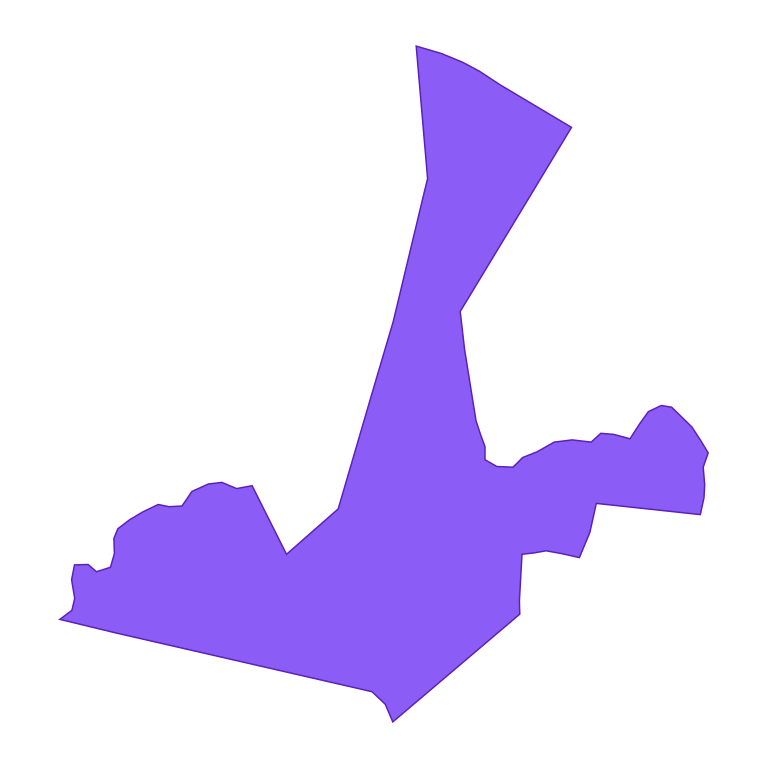 Caiçara, Paraíba, Brazil (Mercator projection)
{"feature_id": "56859067B64465430989239", "entity_name": "Caiçara", "entity_type": "district", "adm_level": 2, "iso_a3": "BRA", "parent_name": "Brazil", "parent_adm1": "Paraíba", "projection": "mercator", "projection_center": [-35.407, -6.583], "detail": "fine", "context": "isolated", "style": "filled", "palette": "violet", "viewbox_px": 768, "rotation_deg": 0, "n_neighbors": 0, "source": "geoboundaries", "source_scale": "gbopen_adm2", "svg_char_len": 1042}
<svg xmlns="http://www.w3.org/2000/svg" viewBox="0 0 768 768"><path d="M416.2,46.1L427.6,178.6L424.3,192.0L393.2,321.7L376.3,378.8L338.2,508.9L286.5,554.3L252.1,485.7L236.6,488.6L221.9,482.4L208.3,484.0L191.9,491.5L182.0,506.0L169.1,506.7L158.2,504.5L143.0,511.8L129.7,519.7L117.9,528.7L113.9,538.4L114.4,553.7L110.4,567.3L96.4,571.7L88.1,564.5L74.5,564.9L71.6,579.7L74.7,598.4L71.9,610.3L59.8,619.4L116.1,633.0L372.0,691.7L385.3,704.3L392.8,721.9L519.8,614.1L519.4,601.1L522.0,554.3L533.4,553.0L546.1,550.8L562.1,553.7L579.4,557.6L589.9,532.3L596.3,503.4L700.3,514.6L704.0,497.6L704.7,484.6L703.2,467.2L708.2,452.9L700.7,440.5L691.8,426.9L679.5,414.9L671.6,407.2L661.3,405.5L648.4,411.6L639.4,424.2L630.0,438.8L613.8,434.4L600.9,433.3L591.2,442.1L572.2,439.9L554.2,442.1L537.1,451.8L522.7,457.5L513.0,467.2L496.8,466.5L485.0,459.7L485.0,446.7L480.4,434.1L476.0,420.7L464.6,349.5L460.2,311.5L531.0,194.5L571.5,127.4L516.5,94.6L499.4,84.4L479.7,71.4L462.9,62.4L441.6,53.6L416.2,46.1Z" fill="#8b5cf6" stroke="#5b21b6" stroke-width="1.5"/></svg>